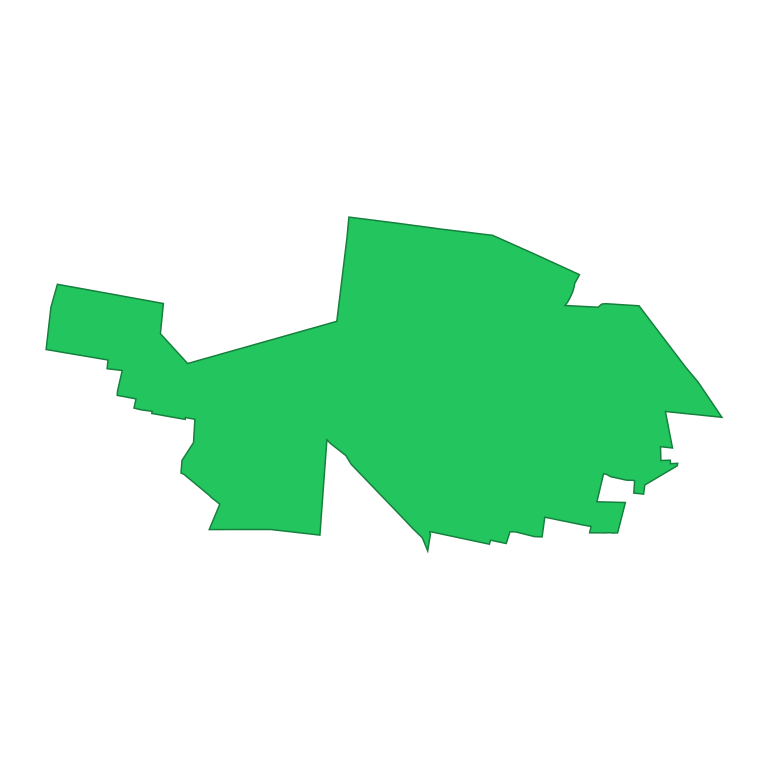 Kopomá, Yucatán, Mexico
{"feature_id": "50627088B35355402430681", "entity_name": "Kopomá", "entity_type": "district", "adm_level": 2, "iso_a3": "MEX", "parent_name": "Mexico", "parent_adm1": "Yucatán", "projection": "mercator", "projection_center": [-89.902, 20.644], "detail": "fine", "context": "isolated", "style": "filled", "palette": "green", "viewbox_px": 768, "rotation_deg": 0, "n_neighbors": 0, "source": "geoboundaries", "source_scale": "gbopen_adm2", "svg_char_len": 1458}
<svg xmlns="http://www.w3.org/2000/svg" viewBox="0 0 768 768"><path d="M346.9,238.3L336.8,321.3L187.6,363.5L160.4,333.7L163.4,303.5L57.4,284.3L54.1,296.0L51.0,307.0L50.5,310.9L46.1,349.5L67.0,353.1L108.0,360.0L107.1,368.7L122.2,370.5L117.5,391.2L117.2,395.4L136.0,398.9L134.0,408.1L142.0,410.0L152.2,411.3L151.8,413.5L185.2,419.4L185.5,417.5L194.9,419.3L193.5,442.6L182.0,460.4L181.0,473.0L184.0,474.4L209.1,495.2L211.3,497.5L213.2,498.9L213.2,499.0L213.3,499.0L217.7,502.5L219.8,504.2L209.2,529.6L240.3,529.5L270.7,529.5L319.9,535.1L326.9,439.8L330.5,443.5L345.9,455.6L351.2,464.3L405.5,520.8L413.3,529.1L413.8,529.5L422.4,537.9L427.7,550.9L430.5,534.0L429.7,532.3L430.0,531.6L489.4,544.2L490.5,540.2L506.2,543.5L510.0,531.8L515.7,531.9L534.3,536.6L542.1,536.9L544.8,517.2L581.4,524.7L591.1,526.5L589.6,532.8L604.2,532.9L610.5,532.7L611.7,533.0L617.6,532.9L625.4,502.5L596.9,501.8L603.6,473.7L606.5,474.3L610.7,476.7L626.7,480.2L633.3,480.3L634.6,480.9L633.8,493.1L643.6,494.1L644.8,485.0L677.2,465.8L677.7,463.3L670.4,463.7L670.3,460.2L660.9,460.5L660.5,446.7L672.5,448.0L665.4,411.5L721.9,417.3L698.1,382.1L685.4,366.9L639.0,305.8L605.8,303.7L602.1,304.0L601.0,304.6L598.2,307.2L594.2,307.0L565.1,305.5L567.8,301.8L569.9,298.0L572.8,291.6L574.4,285.8L574.6,283.7L579.5,274.7L533.7,253.7L493.2,235.6L492.9,235.5L492.6,235.3L481.4,234.0L475.9,233.3L441.0,229.1L402.5,223.9L348.9,217.1L346.9,238.3Z" fill="#22c55e" stroke="#15803d" stroke-width="1.5"/></svg>